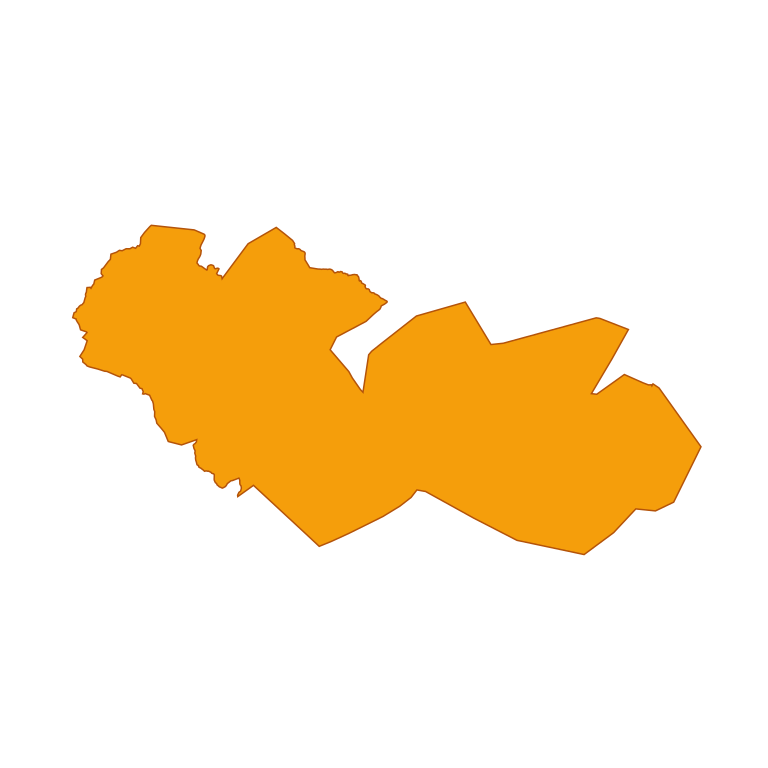 Tlalixtaquilla de Maldonado, Guerrero, Mexico, rotated 160°
{"feature_id": "50627088B67184194855062", "entity_name": "Tlalixtaquilla de Maldonado", "entity_type": "district", "adm_level": 2, "iso_a3": "MEX", "parent_name": "Mexico", "parent_adm1": "Guerrero", "projection": "orthographic", "projection_center": [-98.386, 17.568], "detail": "fine", "context": "isolated", "style": "filled", "palette": "amber", "viewbox_px": 768, "rotation_deg": 160, "n_neighbors": 0, "source": "geoboundaries", "source_scale": "gbopen_adm2", "svg_char_len": 5991}
<svg xmlns="http://www.w3.org/2000/svg" viewBox="0 0 768 768"><g transform="rotate(160 384 384)"><path d="M158.6,371.7L160.3,372.7L162.0,373.6L258.0,381.5L270.0,384.5L279.6,433.2L330.3,436.8L372.8,422.9L384.4,419.0L388.4,416.7L406.6,383.4L408.1,386.9L411.7,400.5L412.8,407.7L422.9,434.6L412.5,444.4L379.4,449.0L370.8,452.7L369.3,453.3L365.8,454.6L363.7,455.2L362.2,455.8L360.7,457.2L360.1,458.1L359.5,458.4L358.0,458.6L356.1,458.9L353.4,459.7L352.9,460.2L352.9,460.7L353.3,461.3L353.6,461.6L354.0,462.0L354.6,462.7L355.5,463.9L356.2,464.7L356.9,465.2L357.3,465.4L357.6,466.0L358.1,466.8L358.4,467.6L358.7,468.5L359.2,469.2L359.8,470.0L360.5,470.7L361.0,471.1L361.8,471.7L361.9,472.3L362.2,472.8L362.8,473.3L363.3,473.6L364.3,473.9L364.9,474.7L365.5,475.5L365.6,476.1L365.6,476.6L365.6,477.7L366.0,478.4L366.5,478.9L367.1,479.1L367.7,479.3L368.1,479.7L368.4,480.5L368.4,480.8L368.5,481.8L368.4,482.2L368.1,482.4L367.8,482.9L367.8,483.4L368.2,483.9L368.5,484.3L369.2,485.2L369.6,485.7L370.1,486.2L370.5,486.6L370.4,487.3L370.4,487.6L370.3,487.9L370.4,488.4L370.5,488.8L370.8,489.2L371.0,489.2L371.3,489.2L371.6,489.1L371.8,489.3L371.9,489.5L371.9,489.9L371.7,490.2L371.7,490.6L371.4,492.0L371.3,493.1L371.3,493.8L371.4,494.1L371.6,494.3L371.8,494.6L372.0,495.1L372.0,495.6L372.0,495.9L372.2,496.0L373.1,496.3L374.0,496.9L374.7,497.1L375.8,497.4L376.8,497.5L377.9,497.5L378.4,497.7L378.8,497.9L379.2,497.9L380.3,498.0L380.6,498.1L380.8,498.3L380.7,498.6L380.6,499.0L380.5,499.4L380.7,499.6L381.1,500.0L381.6,500.2L382.0,500.5L382.4,500.7L382.6,501.1L382.7,501.3L383.0,501.5L384.0,501.7L384.4,501.9L384.8,502.4L384.9,503.0L384.9,503.5L385.3,503.9L385.6,504.1L386.2,504.5L386.8,504.6L387.2,504.4L387.5,504.3L387.9,504.4L388.2,504.5L388.4,504.8L388.5,505.0L388.9,505.3L389.2,505.3L389.6,505.2L390.1,505.1L390.4,505.2L391.2,505.1L391.8,505.2L392.3,505.3L392.5,505.5L392.8,506.1L392.9,506.7L393.1,507.2L393.6,508.6L394.4,509.6L395.6,510.5L397.9,511.0L399.1,511.7L400.4,512.1L401.6,512.7L402.8,513.0L403.7,513.2L404.7,513.8L406.7,514.6L414.0,518.7L414.6,522.0L415.8,527.8L415.7,528.0L415.4,528.8L415.1,529.8L414.9,530.6L414.5,531.6L413.6,533.3L413.4,534.0L413.4,534.5L413.5,534.9L413.7,535.3L413.9,535.6L414.4,536.1L415.8,537.3L416.4,537.9L416.7,538.8L417.2,539.6L417.8,540.2L418.4,540.5L418.8,540.6L419.1,540.6L419.4,540.8L419.8,541.1L420.5,541.7L421.0,542.1L421.1,542.4L421.2,542.6L421.1,543.0L420.7,543.7L420.6,544.0L420.6,544.3L420.6,545.2L420.6,545.6L420.5,545.8L420.2,546.2L420.0,546.5L420.8,550.2L426.1,559.1L431.7,568.0L463.7,562.3L499.4,538.8L500.1,538.3L499.9,539.7L499.8,540.7L499.8,541.1L500.1,541.4L500.4,541.7L500.9,542.0L501.3,542.2L502.2,542.6L502.8,543.1L503.0,543.4L503.1,543.7L503.5,545.0L499.7,548.6L500.3,549.5L500.6,549.7L501.8,549.9L502.5,549.9L503.1,550.0L503.6,550.5L503.7,551.1L503.7,552.7L503.7,553.3L504.0,553.8L504.4,554.1L504.8,554.5L505.7,555.1L506.4,555.3L507.3,555.2L508.3,555.2L509.1,554.8L509.6,554.5L510.6,552.8L510.8,552.3L511.0,551.9L511.4,551.7L511.7,551.8L512.0,552.2L515.1,556.8L515.6,557.3L516.2,557.6L516.8,557.9L517.1,558.1L517.5,558.8L517.7,560.0L518.3,561.4L518.3,561.8L518.1,562.1L517.5,563.1L516.3,564.5L515.4,565.3L514.6,565.9L513.7,566.6L512.7,567.6L511.7,568.8L511.4,569.4L510.8,570.6L510.1,572.0L510.5,574.4L510.0,575.1L509.5,575.8L508.2,577.4L506.0,579.4L503.7,581.6L502.6,582.9L501.6,584.3L501.4,585.2L501.6,585.9L501.9,586.4L509.3,593.4L509.8,593.8L548.4,612.7L550.2,612.0L557.2,608.3L562.5,604.8L564.9,599.1L566.8,597.3L568.2,598.2L571.0,596.5L573.4,598.5L576.6,598.0L580.0,599.3L584.5,598.8L586.9,600.1L590.5,599.3L595.6,599.4L596.2,599.4L598.5,594.7L601.2,593.4L607.9,589.0L608.0,589.0L610.3,588.3L612.0,584.5L611.1,581.7L612.6,580.9L620.3,580.6L622.5,577.2L624.0,576.4L626.6,574.2L627.0,575.4L627.7,575.5L630.1,576.2L630.7,575.2L632.5,571.7L633.1,571.4L633.9,570.2L634.3,568.3L635.3,567.3L638.2,563.2L640.6,561.8L642.1,561.8L643.6,561.3L645.8,559.9L647.1,559.7L648.4,557.3L649.3,557.1L650.8,557.0L652.2,555.1L653.8,552.8L651.0,550.2L651.3,549.6L651.0,547.5L650.2,544.0L650.6,538.7L648.8,537.2L645.7,534.7L645.5,533.9L651.2,530.8L648.1,526.2L654.1,518.7L660.4,513.9L658.7,510.4L659.5,507.7L658.9,506.7L657.4,504.2L656.9,502.6L654.9,500.8L647.9,496.0L642.2,491.6L640.1,490.6L631.5,482.5L629.5,480.9L627.3,482.4L626.5,481.9L620.3,476.3L619.8,475.3L618.8,470.3L616.4,469.1L615.0,464.5L614.7,463.5L613.5,462.7L613.0,462.4L613.0,460.8L612.8,459.3L614.2,457.3L613.1,456.6L611.6,456.6L608.1,453.6L607.7,448.3L607.3,447.1L607.5,444.3L608.9,439.0L608.9,436.5L610.7,432.0L610.4,428.4L610.9,424.8L608.5,418.6L606.8,413.7L606.4,403.8L605.5,403.1L595.1,396.0L581.6,395.8L579.0,395.8L580.1,393.8L581.8,392.7L583.1,392.4L584.2,391.7L584.4,390.2L584.6,388.7L584.5,387.2L584.3,386.1L584.8,384.8L585.4,383.9L585.5,382.4L585.6,380.7L586.4,379.1L586.8,377.6L587.0,376.3L587.0,375.3L587.1,373.9L587.3,372.9L587.2,371.8L586.4,371.0L586.3,370.9L586.4,370.1L586.3,369.0L585.5,368.2L584.8,367.4L584.1,366.2L583.4,365.2L582.5,363.4L580.9,363.2L579.8,362.5L578.7,362.1L576.8,360.2L576.5,359.2L575.8,358.5L574.9,358.0L574.5,356.9L575.0,355.5L575.7,353.7L576.1,352.8L576.4,351.6L576.2,349.0L575.6,348.1L575.4,347.7L575.3,346.2L574.7,345.3L573.9,343.7L572.9,342.8L571.6,341.5L570.4,341.5L568.0,341.9L566.5,342.9L565.3,344.0L563.1,344.7L561.1,345.4L559.4,345.1L552.5,345.2L552.4,344.8L552.5,342.6L552.8,341.9L553.6,339.5L553.6,338.5L553.2,337.1L553.6,335.0L554.7,333.3L555.4,332.4L557.4,331.8L558.7,330.5L559.6,329.6L559.9,328.2L541.3,333.4L509.3,271.1L500.4,253.6L487.1,254.1L467.5,255.7L467.0,255.8L466.6,255.8L430.0,259.9L427.7,260.4L410.8,263.8L400.0,267.3L399.7,267.4L397.4,268.1L389.3,273.2L382.8,269.4L382.6,269.3L381.8,268.9L345.3,227.0L312.5,191.6L292.6,179.2L254.3,155.3L219.0,165.8L216.1,167.3L190.1,180.5L172.3,171.9L152.2,173.9L107.6,216.6L126.9,286.2L131.2,292.1L131.6,291.8L132.9,290.6L133.0,291.8L135.8,292.7L140.4,296.7L154.9,310.7L187.6,301.6L192.4,304.0L161.2,329.6L135.7,351.6L158.6,371.7Z" fill="#f59e0b" stroke="#b45309" stroke-width="1.5"/></g></svg>